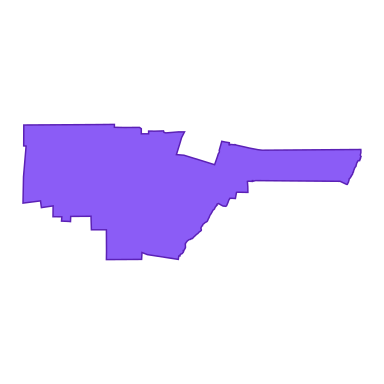 outline of Bacalar, Quintana Roo, Mexico
{"feature_id": "50627088B87487449340620", "entity_name": "Bacalar", "entity_type": "district", "adm_level": 2, "iso_a3": "MEX", "parent_name": "Mexico", "parent_adm1": "Quintana Roo", "projection": "orthographic", "projection_center": [-88.163, 18.929], "detail": "fine", "context": "isolated", "style": "filled", "palette": "violet", "viewbox_px": 384, "rotation_deg": 0, "n_neighbors": 0, "source": "geoboundaries", "source_scale": "gbopen_adm2", "svg_char_len": 5200}
<svg xmlns="http://www.w3.org/2000/svg" viewBox="0 0 384 384"><path d="M23.0,203.1L40.5,200.9L41.4,207.6L53.1,205.9L53.0,216.7L61.8,216.8L61.8,217.3L61.5,221.1L68.1,221.4L70.5,221.6L70.7,216.4L88.4,216.3L91.0,216.2L91.4,229.8L105.3,229.8L106.4,229.8L106.5,251.9L106.4,259.6L141.6,259.4L142.0,252.5L147.3,254.6L178.3,259.4L178.8,256.0L179.9,256.0L179.9,255.7L180.0,255.4L179.9,255.2L180.0,255.0L180.1,254.9L180.4,254.8L180.6,254.6L180.7,254.4L180.8,254.3L180.8,254.1L181.9,253.6L182.1,253.6L182.3,253.4L182.5,253.2L182.8,252.7L183.2,252.3L183.4,251.9L183.6,251.6L183.6,251.4L183.3,251.1L183.3,250.9L183.5,251.0L183.6,250.7L184.0,250.3L184.1,250.1L184.3,249.8L184.5,249.5L184.5,249.3L184.7,249.1L184.8,248.9L185.0,248.3L185.2,248.2L185.3,248.1L185.3,247.8L185.5,247.4L185.5,247.1L185.5,246.8L185.4,246.7L185.4,245.6L185.4,245.2L185.3,244.7L185.4,244.4L185.3,244.1L185.4,243.9L185.4,243.6L185.5,243.6L185.8,243.0L186.0,242.7L186.2,242.4L186.3,242.2L186.7,241.8L186.8,241.6L187.1,241.3L187.2,241.1L187.3,240.9L187.8,240.6L188.8,239.8L189.3,239.6L189.8,239.5L190.0,239.5L190.3,239.4L190.6,239.3L190.6,239.2L190.8,239.0L191.0,238.7L191.5,238.5L191.8,238.7L192.0,238.7L192.3,238.5L192.5,238.4L193.0,237.9L193.2,237.7L193.4,237.4L193.7,237.1L193.9,236.9L194.2,236.6L194.9,236.0L195.4,235.5L195.8,235.1L196.1,234.8L196.5,234.5L197.2,233.9L197.6,233.7L198.0,233.3L198.4,232.9L198.8,232.4L199.0,232.2L199.6,231.7L200.3,231.3L201.1,230.6L201.3,230.3L201.3,230.0L201.3,229.6L201.2,229.0L200.9,228.5L200.9,228.4L201.0,228.1L201.0,227.8L201.1,227.5L201.2,227.3L201.4,226.9L201.7,226.5L202.2,225.7L202.4,225.5L202.5,225.5L202.5,225.3L202.7,225.0L202.7,224.9L202.8,224.6L202.9,224.4L203.5,223.9L203.8,223.7L204.1,223.5L204.7,222.9L205.2,222.5L205.9,222.2L206.7,221.7L206.9,221.6L207.2,221.3L207.4,221.0L207.7,220.5L207.9,219.8L208.5,218.6L208.7,218.2L208.8,218.1L209.3,217.0L209.3,216.9L209.4,216.7L209.6,216.2L209.8,215.7L209.9,215.4L210.0,215.2L210.2,214.9L210.4,214.7L210.8,214.1L211.2,213.5L211.4,213.1L211.7,212.6L211.8,212.5L211.9,212.3L212.3,211.4L212.5,211.1L213.1,210.1L213.6,209.6L213.9,209.5L214.0,209.4L214.5,208.9L214.7,208.3L214.8,208.1L214.9,207.8L215.3,207.1L215.5,206.9L215.7,206.6L215.9,206.4L216.0,206.2L216.3,205.9L216.4,205.6L216.5,205.5L216.6,205.4L216.8,205.4L217.0,205.2L216.8,205.0L216.9,204.6L216.9,204.4L217.0,204.2L217.4,203.9L217.6,203.9L218.0,203.9L218.3,203.6L218.5,203.5L218.8,203.6L219.3,204.0L219.5,204.1L220.5,204.6L221.0,205.0L221.8,205.4L222.4,205.7L222.7,205.9L223.0,206.0L223.5,206.1L224.0,206.1L224.4,206.1L224.7,206.2L225.1,206.3L225.5,206.3L226.0,206.2L226.4,205.8L226.6,205.7L227.2,204.3L227.4,203.9L227.5,203.6L227.6,203.3L227.9,202.7L228.0,202.4L228.1,202.2L228.3,201.5L228.4,201.2L228.5,201.0L228.7,200.5L228.7,200.2L229.3,199.4L229.5,198.9L229.7,198.5L229.9,198.5L230.0,198.3L232.0,198.3L235.4,198.5L236.5,192.4L237.2,192.2L247.9,192.4L247.8,186.7L247.4,181.4L248.4,181.2L252.2,181.4L252.3,180.6L252.6,180.6L252.8,180.6L252.8,181.3L255.5,180.6L340.1,181.3L346.6,184.4L347.3,184.4L347.5,184.0L347.5,183.9L347.6,183.7L347.8,183.4L347.9,183.1L348.0,183.0L348.1,182.8L348.2,182.5L348.3,182.4L348.4,182.1L348.5,182.0L348.6,181.6L348.7,181.1L348.9,180.6L348.9,180.3L349.0,180.1L349.1,179.6L349.2,178.8L349.3,178.7L349.7,178.5L349.8,178.3L350.1,178.0L350.2,177.9L350.3,177.7L350.5,177.4L350.6,177.2L350.8,177.0L350.8,176.9L350.9,176.6L351.1,176.5L351.2,176.2L351.3,176.1L351.3,175.8L351.5,175.8L351.6,175.6L351.6,175.4L351.8,175.2L351.9,174.9L352.0,174.9L352.2,174.7L352.4,174.4L352.5,174.2L352.7,173.7L352.7,173.0L352.9,172.7L353.1,172.4L353.1,172.2L353.4,172.0L353.4,171.8L353.5,171.4L353.5,171.2L353.7,170.7L353.8,170.2L354.0,169.6L354.2,169.4L354.3,168.8L354.6,168.3L354.6,168.0L354.9,167.7L355.0,167.4L355.2,167.2L355.5,166.9L355.6,166.7L355.9,166.4L356.0,166.2L356.0,165.8L356.1,165.5L356.1,165.3L356.3,165.0L356.4,164.8L356.3,164.4L356.4,164.2L356.5,163.8L356.7,163.3L356.8,163.1L357.0,162.6L357.2,162.4L357.3,162.0L357.4,161.9L357.5,161.8L357.5,161.6L357.7,161.4L357.8,161.2L358.0,161.0L358.2,160.6L358.4,160.6L359.2,160.7L359.4,160.6L359.5,160.6L359.5,160.4L359.7,160.2L359.8,160.0L359.8,159.8L360.0,159.7L359.9,159.5L360.0,159.4L360.0,159.2L360.2,158.9L360.2,158.6L360.3,158.3L360.3,158.2L360.5,158.1L360.4,157.9L360.4,157.7L360.6,157.4L360.7,157.1L360.8,157.1L360.9,156.8L361.0,156.6L360.8,156.5L360.8,156.3L360.8,156.1L360.5,155.7L360.4,155.5L360.3,155.1L360.4,154.5L360.5,154.1L360.6,153.9L360.6,153.7L360.8,153.0L360.9,152.8L360.8,152.2L360.9,151.1L360.8,150.8L360.9,150.5L360.8,149.5L262.2,150.2L258.0,149.7L249.1,148.0L245.3,147.1L236.7,145.2L235.3,144.7L235.3,144.9L230.3,144.4L230.0,144.9L229.3,144.9L229.0,144.8L229.3,142.7L225.0,142.0L221.8,141.3L220.2,146.9L219.2,150.4L219.4,150.8L219.3,152.3L218.4,153.6L217.7,155.6L217.7,155.8L214.6,164.7L198.3,159.6L196.4,159.0L194.6,158.5L183.9,155.2L176.4,154.6L179.7,144.0L181.6,137.6L184.5,131.9L178.3,131.9L169.6,132.6L165.8,132.9L164.0,132.4L163.5,130.9L153.8,131.2L152.3,131.1L148.6,131.1L148.6,133.8L141.3,133.8L141.3,128.7L139.5,127.4L124.4,127.5L114.4,127.3L114.4,124.4L104.7,124.5L93.4,124.6L23.8,125.0L23.7,145.9L26.1,146.1L23.5,176.8L23.0,203.1Z" fill="#8b5cf6" stroke="#5b21b6" stroke-width="1.5"/></svg>